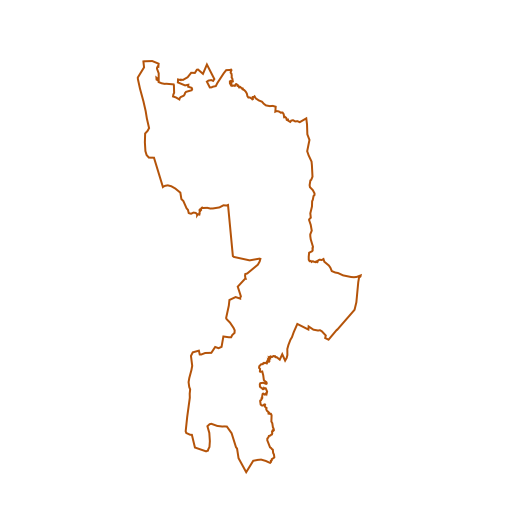 the district of Šķēdes pag., Saldus, Latvia, rotated 260°
{"feature_id": "27541924B42319814490373", "entity_name": "Šķēdes pag.", "entity_type": "district", "adm_level": 2, "iso_a3": "LVA", "parent_name": "Latvia", "parent_adm1": "Saldus", "projection": "natural_earth1", "projection_center": [22.385, 56.877], "detail": "fine", "context": "isolated", "style": "outline", "palette": "amber", "viewbox_px": 512, "rotation_deg": 260, "n_neighbors": 0, "source": "geoboundaries", "source_scale": "gbopen_adm2", "svg_char_len": 6090}
<svg xmlns="http://www.w3.org/2000/svg" viewBox="0 0 512 512"><g transform="rotate(260 256 256)"><path d="M340.1,176.3L340.5,177.0L340.9,178.8L340.9,181.4L339.4,184.7L336.5,188.2L331.5,192.5L325.0,192.4L322.8,194.0L315.0,195.9L313.2,197.0L310.0,197.2L309.6,197.8L308.9,199.4L309.6,202.0L308.9,204.1L307.3,205.3L306.3,205.1L307.2,206.0L306.9,206.6L307.2,207.1L306.8,207.5L307.7,207.9L308.3,207.8L309.1,208.1L309.5,208.6L311.0,208.3L311.2,208.6L310.9,208.7L311.3,209.1L311.1,209.5L311.6,209.5L311.5,209.9L311.8,209.9L312.7,210.7L312.5,210.9L312.9,211.6L312.5,211.9L311.9,216.4L310.7,219.2L310.3,221.8L310.2,228.4L311.6,232.8L310.8,235.8L311.1,237.3L259.9,233.2L258.9,234.1L252.8,249.0L252.8,259.0L252.4,259.8L249.9,258.6L247.1,256.3L240.3,244.3L240.1,242.3L238.5,241.8L236.4,241.7L235.4,241.9L235.5,241.3L229.0,232.7L218.9,234.1L217.5,233.1L216.8,233.0L219.1,228.8L217.3,222.2L211.8,220.6L200.1,215.8L198.9,216.1L194.8,218.9L189.1,221.4L186.5,222.1L184.0,221.5L182.3,218.9L180.3,217.4L180.7,215.1L182.4,209.9L172.5,206.3L171.7,203.1L173.5,200.0L168.4,195.2L169.3,189.1L168.5,184.9L168.8,183.5L172.7,183.3L172.1,177.0L168.9,174.6L158.9,174.1L154.9,172.6L147.4,169.1L143.5,167.7L138.6,167.5L136.1,168.0L131.9,166.8L127.9,166.2L109.8,160.4L95.6,156.3L93.8,156.6L91.4,160.1L91.0,161.8L78.0,162.6L72.3,172.9L72.7,174.9L73.7,175.3L76.0,177.0L81.6,178.4L89.9,179.3L96.8,178.6L98.4,181.1L98.5,182.9L95.4,188.3L93.9,193.2L93.7,195.1L93.1,197.7L85.7,201.2L71.1,203.1L69.7,203.9L59.9,203.7L44.8,208.8L54.8,217.7L54.9,222.4L54.6,225.7L52.5,230.0L49.8,233.9L50.6,235.0L51.8,235.1L52.0,236.0L53.2,236.3L54.1,238.5L54.6,239.1L57.4,239.2L59.1,238.7L62.4,238.9L63.1,238.1L64.2,237.6L65.1,236.6L72.6,235.1L74.3,235.5L75.1,236.6L76.5,237.4L76.7,239.0L77.4,240.0L77.5,240.7L78.8,241.3L80.1,241.2L81.3,242.0L80.8,242.7L81.4,243.4L83.3,243.3L84.1,242.9L88.5,243.0L90.3,242.4L96.5,243.7L97.9,243.3L97.9,242.6L98.2,242.1L99.3,241.9L99.4,241.7L98.6,241.3L98.6,241.0L100.5,241.0L101.5,240.0L103.0,239.5L103.6,239.5L104.4,240.0L105.5,239.0L106.3,238.6L106.8,238.5L107.9,239.2L108.2,239.1L108.4,238.5L107.7,237.1L107.6,236.3L107.9,235.6L108.9,234.8L112.4,234.9L112.9,235.1L113.1,235.9L114.1,236.7L114.9,236.7L115.0,237.1L114.8,237.3L115.2,237.6L116.0,237.5L118.9,238.5L119.2,238.9L119.2,239.4L117.9,240.7L119.0,242.0L118.2,242.4L120.5,243.4L124.0,242.6L124.2,242.1L124.0,241.3L124.6,240.9L123.6,240.2L123.7,239.5L125.0,238.8L125.9,237.6L126.7,237.2L129.1,237.5L130.0,238.2L129.9,241.1L128.4,243.6L128.3,244.1L128.9,244.5L130.0,244.3L131.6,242.7L132.5,242.2L137.4,242.4L141.2,242.1L141.2,240.1L141.6,239.8L144.1,240.4L145.3,239.6L146.9,240.1L148.5,242.3L148.3,243.9L149.3,244.7L149.4,245.2L149.0,245.6L149.2,246.4L148.3,248.0L148.8,248.4L149.6,248.1L150.9,249.1L150.2,249.4L149.6,250.4L150.2,251.0L151.6,250.6L151.3,251.0L151.8,251.3L152.7,250.9L153.8,251.0L153.2,251.6L153.6,252.0L153.4,252.2L154.4,252.3L154.6,253.0L153.8,253.3L153.8,254.7L154.5,255.7L154.0,257.4L153.1,257.5L152.7,258.2L152.8,258.8L149.8,261.4L154.7,264.8L147.9,266.5L150.3,268.5L153.0,269.7L159.0,270.7L162.8,272.5L167.6,275.4L169.8,277.3L174.4,279.9L181.9,284.9L174.5,294.8L177.5,295.6L173.5,299.7L171.8,304.2L171.8,306.1L170.5,307.7L165.6,310.9L163.2,309.9L161.0,312.9L169.3,322.8L169.2,323.1L185.9,343.7L193.0,346.8L212.6,352.2L216.8,353.7L217.7,355.3L218.7,355.7L217.9,351.6L218.1,348.7L218.8,346.0L221.8,338.4L225.0,333.8L226.0,331.1L228.0,328.0L231.6,327.2L234.0,326.1L238.5,322.3L241.3,321.9L240.6,320.0L241.3,318.1L241.0,316.8L240.4,315.8L239.6,315.7L239.3,315.2L240.0,314.7L239.7,314.4L239.6,313.6L240.0,313.4L239.9,313.0L240.2,312.1L240.8,311.4L241.0,310.7L240.5,309.7L241.7,309.0L241.6,307.9L243.1,307.3L246.2,307.8L250.0,308.9L250.9,311.9L251.5,312.7L252.3,312.8L252.0,313.0L252.8,312.9L255.2,313.7L262.9,312.8L266.0,312.9L267.9,313.2L271.3,315.3L277.2,315.3L282.4,314.5L283.1,315.0L284.2,316.6L288.6,316.9L295.0,319.7L300.2,320.8L301.5,321.7L305.1,323.1L305.9,324.2L307.5,324.5L311.0,323.4L314.4,321.1L316.5,321.1L321.0,322.7L321.4,323.6L324.3,325.4L335.5,326.8L339.3,327.1L346.0,325.3L350.3,324.6L361.0,328.8L366.9,327.7L376.8,329.1L382.8,329.4L380.2,322.3L381.6,320.2L381.7,318.0L383.3,316.0L383.2,314.2L382.1,313.0L383.7,311.2L384.9,311.2L385.0,310.7L384.6,310.1L384.7,309.9L386.8,309.7L388.2,308.5L387.7,308.1L387.7,307.8L390.8,307.9L392.6,307.1L392.9,306.5L392.7,305.4L394.0,304.1L394.7,302.9L395.1,301.4L394.8,300.1L399.6,301.3L400.9,298.6L401.2,295.6L402.6,291.9L404.7,290.0L406.9,288.7L408.7,285.8L411.3,283.1L413.5,282.3L413.0,281.5L413.1,280.4L411.1,280.2L410.9,279.6L411.8,279.1L413.2,277.4L413.4,276.0L414.9,275.3L417.5,275.2L419.7,274.4L421.5,273.2L421.9,272.5L422.7,272.2L422.4,271.9L422.6,271.6L423.7,271.3L424.3,270.5L425.3,269.8L425.4,269.3L425.0,268.7L426.2,268.2L426.5,267.7L427.0,268.1L428.6,266.6L428.8,266.3L428.7,266.0L427.5,265.3L427.2,264.7L427.8,264.1L427.6,262.6L428.2,261.8L429.0,261.7L428.3,261.1L428.7,260.9L429.8,260.7L430.4,261.1L430.4,260.7L430.0,260.5L430.5,260.3L432.5,260.6L432.8,261.6L431.6,262.4L432.4,262.9L432.2,263.5L434.8,263.5L436.1,263.0L437.6,263.4L439.8,263.5L440.8,262.9L441.4,262.9L443.3,264.1L443.9,263.8L443.7,262.9L444.2,258.9L441.6,256.0L433.2,248.1L430.3,245.9L430.2,242.9L429.8,241.5L430.0,239.8L436.2,237.9L437.0,239.6L437.0,242.5L435.9,244.2L437.5,245.7L453.1,240.9L444.6,235.4L449.7,231.3L449.7,230.1L446.9,227.6L447.7,224.0L443.9,219.7L442.1,214.7L442.7,212.6L442.3,212.4L443.4,209.9L440.5,209.2L436.3,215.8L436.4,219.1L434.5,218.6L432.8,221.8L431.4,222.1L430.4,221.4L429.8,215.6L428.8,214.4L427.4,213.7L426.4,212.6L425.6,209.4L424.6,208.2L423.5,207.7L426.1,204.6L427.5,202.0L429.5,202.7L430.9,203.7L438.4,204.8L439.3,204.7L441.2,197.6L441.4,195.8L442.5,193.0L444.2,190.3L445.5,190.5L447.0,188.7L448.9,188.9L446.7,190.8L452.8,191.9L457.7,191.0L458.7,191.3L459.7,192.1L459.3,192.7L462.3,193.5L466.0,187.7L467.2,179.4L467.2,178.9L461.2,178.5L452.3,170.6L450.8,170.4L441.0,170.8L427.8,172.0L417.9,172.5L410.4,172.4L400.5,172.9L398.1,171.0L395.9,168.1L387.2,166.3L378.5,165.3L374.4,165.8L371.5,167.6L370.5,172.6L340.1,176.3Z" fill="none" stroke="#b45309" stroke-width="2"/></g></svg>